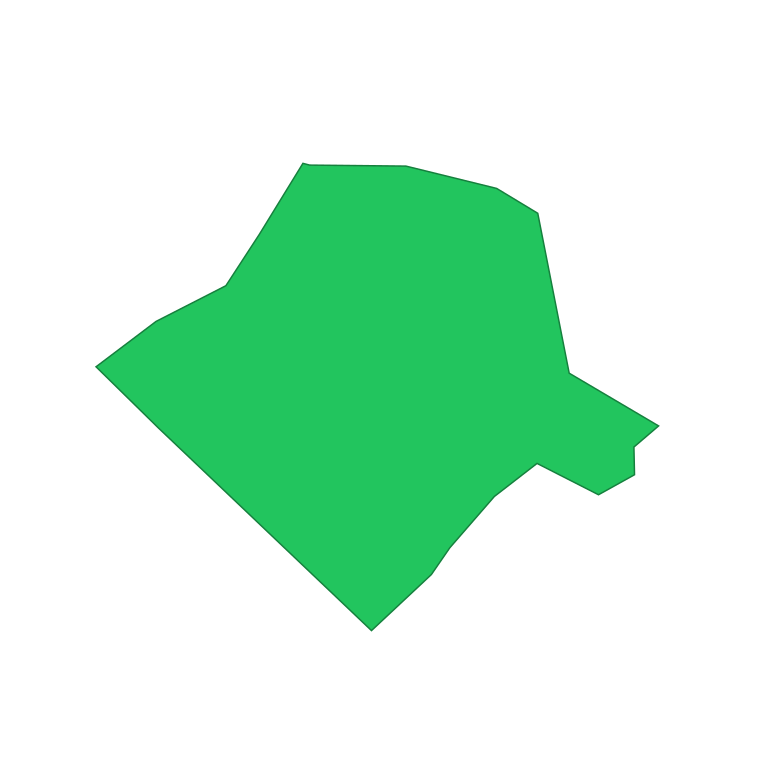 Grass Street, Castries, Saint Lucia, rotated 297°
{"feature_id": "8701671B71359677826666", "entity_name": "Grass Street", "entity_type": "district", "adm_level": 2, "iso_a3": "LCA", "parent_name": "Saint Lucia", "parent_adm1": "Castries", "projection": "equal_earth", "projection_center": [-60.988, 14.007], "detail": "fine", "context": "isolated", "style": "filled", "palette": "green", "viewbox_px": 768, "rotation_deg": 297, "n_neighbors": 0, "source": "geoboundaries", "source_scale": "gbopen_adm2", "svg_char_len": 423}
<svg xmlns="http://www.w3.org/2000/svg" viewBox="0 0 768 768"><g transform="rotate(297 384 384)"><path d="M158.6,484.8L235.7,512.7L268.0,517.0L333.9,533.4L382.7,556.4L382.7,625.4L416.9,648.4L441.3,635.3L471.3,647.7L477.7,544.1L605.9,443.5L609.4,395.6L588.1,304.6L545.3,218.4L543.8,211.6L460.8,205.0L399.8,198.5L336.3,152.5L268.6,119.6L242.3,203.3L158.6,484.8Z" fill="#22c55e" stroke="#15803d" stroke-width="1.5"/></g></svg>